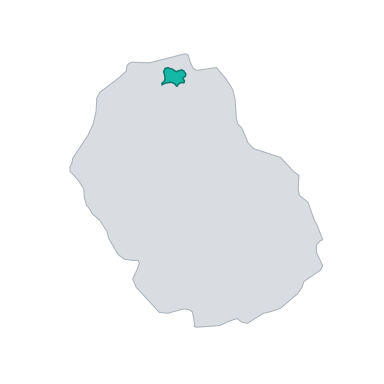 Bosilovo highlighted on a map of North Macedonia, rotated 252°
{"feature_id": "MKD-2997", "entity_name": "Bosilovo", "entity_type": "Statistical Region", "adm_level": 1, "iso_a3": "MKD", "parent_name": "North Macedonia", "parent_adm1": "", "projection": "equal_earth", "projection_center": [22.756, 41.481], "detail": "fine", "context": "in_parent", "style": "filled", "palette": "teal", "viewbox_px": 384, "rotation_deg": 252, "n_neighbors": 0, "source": "natural_earth", "source_scale": "10m", "svg_char_len": 2104}
<svg xmlns="http://www.w3.org/2000/svg" viewBox="0 0 384 384"><g transform="rotate(252 192 192)"><path d="M174.4,98.4L180.5,99.1L193.9,95.4L202.3,90.3L206.5,89.6L212.2,87.6L220.3,87.9L228.5,90.1L239.0,87.2L249.3,82.4L253.4,83.6L257.9,87.6L260.8,88.8L277.8,110.3L287.2,119.0L298.2,125.6L310.8,130.5L315.3,135.1L323.3,158.1L327.2,166.8L332.5,169.4L333.8,171.9L334.0,175.2L328.0,191.4L325.7,227.7L324.1,230.6L317.8,230.4L309.4,231.2L306.2,234.0L302.9,253.6L289.4,259.2L277.1,262.4L266.8,261.6L248.6,257.0L242.7,256.5L237.6,259.1L221.4,260.5L214.3,264.0L197.4,286.9L180.4,294.8L174.6,298.8L161.7,293.8L155.5,293.2L146.5,299.1L126.9,299.7L121.5,300.7L106.4,301.6L105.8,298.5L103.0,293.8L96.0,291.7L81.5,293.5L78.0,290.1L72.3,270.7L67.7,267.5L62.6,261.0L54.0,239.9L53.9,230.6L54.6,222.6L50.0,203.7L53.0,198.9L57.6,195.9L57.7,188.3L56.5,176.7L62.1,154.1L63.6,152.5L64.9,153.6L77.8,155.4L81.2,152.5L83.4,148.0L84.2,131.5L87.4,123.9L118.7,109.4L127.8,108.8L134.8,115.5L140.3,119.8L143.7,119.6L144.9,115.3L148.8,107.1L155.2,102.4L174.2,98.3L174.4,98.4Z" fill="#d9dde1" stroke="#a8b0b8" stroke-width="1"/><path d="M317.7,204.3L317.8,205.0L317.8,206.7L317.5,207.9L316.8,208.4L316.2,209.3L315.6,210.2L314.7,211.4L313.4,212.4L312.9,212.9L311.9,213.5L311.4,214.2L311.4,215.5L311.4,216.8L311.4,218.5L311.4,219.4L311.2,220.2L310.8,220.6L310.3,220.9L309.8,221.3L309.7,221.6L309.2,221.7L308.3,221.8L307.8,222.1L307.2,222.4L306.6,222.5L305.7,222.4L304.8,221.9L304.1,221.3L303.8,220.8L303.6,219.6L303.4,218.9L303.0,218.4L302.3,218.5L301.4,218.5L301.0,218.9L300.7,219.2L300.1,219.2L299.6,218.7L299.0,218.5L298.5,218.3L298.5,217.5L298.9,216.7L299.4,215.7L299.4,214.9L299.2,214.0L298.9,212.9L298.6,212.1L297.8,211.1L297.3,210.7L297.2,210.6L297.3,210.2L298.2,209.7L298.9,209.5L299.5,209.4L300.1,209.1L300.9,208.2L301.9,207.5L302.6,206.1L303.0,205.2L303.2,204.5L303.4,202.5L303.7,201.1L303.7,199.6L303.5,197.6L303.2,196.7L304.4,196.8L305.2,197.9L305.5,199.2L306.4,200.3L308.1,201.4L309.4,201.7L311.4,202.0L313.0,202.1L315.1,202.2L316.1,202.9L317.1,204.3L317.7,204.3Z" fill="#14b8a6" stroke="#0f766e" stroke-width="1.5"/></g></svg>